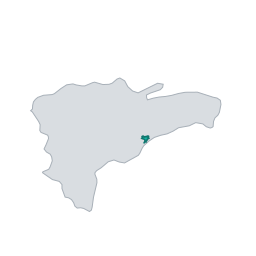 location of Distrito Nacional, Distrito Nacional, Dominican Republic, rotated 338°
{"feature_id": "3306468B63097535879723", "entity_name": "Distrito Nacional", "entity_type": "district", "adm_level": 2, "iso_a3": "DOM", "parent_name": "Dominican Republic", "parent_adm1": "Distrito Nacional", "projection": "orthographic", "projection_center": [-69.932, 18.483], "detail": "fine", "context": "in_parent", "style": "filled", "palette": "teal", "viewbox_px": 256, "rotation_deg": 338, "n_neighbors": 0, "source": "geoboundaries", "source_scale": "gbopen_adm2", "svg_char_len": 2881}
<svg xmlns="http://www.w3.org/2000/svg" viewBox="0 0 256 256"><g transform="rotate(338 128 128)"><path d="M43.8,168.5L44.1,159.4L45.6,155.7L44.3,151.8L38.6,147.5L35.1,142.2L32.0,137.4L32.7,136.7L39.0,136.6L41.2,134.9L45.5,130.1L46.4,126.2L46.1,123.2L43.4,119.7L42.3,116.0L45.8,112.8L50.3,108.1L50.9,106.3L50.8,104.5L45.7,99.5L45.3,97.3L47.8,92.0L47.6,88.4L45.3,77.2L44.2,75.5L46.5,74.6L48.1,71.3L50.1,68.4L52.8,66.8L55.8,65.8L61.9,66.0L70.2,68.6L72.6,68.6L80.6,66.3L87.3,65.0L93.5,66.5L96.0,68.6L101.2,71.8L103.8,72.8L112.0,72.7L114.2,73.0L121.0,78.3L126.8,80.4L130.2,80.5L136.2,78.5L139.2,78.6L142.6,83.1L143.3,89.6L146.1,95.4L150.5,99.2L172.2,97.6L177.0,100.6L175.4,103.2L172.3,104.6L162.0,104.0L157.5,104.3L156.6,106.9L156.6,109.2L162.6,109.8L168.6,111.0L174.6,112.8L180.7,114.1L187.6,114.9L194.4,116.3L205.8,120.8L218.4,131.3L221.8,133.6L224.0,136.9L223.0,141.0L218.6,147.7L216.1,149.8L212.4,151.2L209.8,153.9L207.4,158.6L205.9,159.0L204.2,158.8L201.1,156.2L198.9,152.2L192.8,148.4L185.6,148.9L175.0,146.7L168.6,147.8L162.1,148.1L155.6,147.0L148.9,146.6L142.3,148.0L135.9,150.4L133.6,152.0L129.5,155.8L127.3,157.2L111.7,159.1L107.2,156.3L103.0,152.4L97.0,151.9L88.3,154.8L82.9,155.8L80.6,157.1L80.0,158.5L79.9,163.8L78.7,167.1L70.1,179.2L65.2,187.8L63.3,190.4L61.0,191.0L56.8,186.0L54.2,184.2L50.9,183.2L49.5,180.6L49.6,176.9L48.8,173.2L46.7,170.4L43.8,168.5Z" fill="#d9dde1" stroke="#a8b0b8" stroke-width="1"/><path d="M137.4,147.8L137.5,147.8L137.5,147.7L137.8,147.6L138.0,147.6L138.4,147.5L138.5,147.5L138.7,147.4L138.8,147.4L139.0,147.4L139.3,147.3L139.3,147.2L139.4,147.3L139.4,147.2L139.5,147.2L139.8,147.2L140.0,147.1L140.2,146.9L140.3,146.9L140.5,146.8L140.7,146.7L140.8,146.6L140.9,146.4L141.0,146.4L141.0,146.2L141.3,146.0L141.4,145.9L141.5,145.9L141.8,145.8L141.8,145.7L142.0,145.7L142.3,145.6L142.5,145.5L142.6,145.4L142.8,145.3L142.8,145.2L142.9,145.3L143.0,145.3L143.0,145.2L143.1,145.3L143.3,145.3L143.4,145.5L143.5,145.5L143.5,145.4L143.5,144.4L143.5,144.2L143.8,143.8L143.9,143.6L144.0,143.5L144.0,143.4L143.9,143.3L143.9,143.2L143.7,143.0L143.5,142.9L143.4,142.9L143.2,142.9L142.9,142.7L142.7,142.6L142.4,142.9L142.3,143.0L142.2,143.0L141.9,143.0L141.7,143.0L141.2,142.8L140.9,142.7L140.8,142.4L140.7,142.4L140.4,142.4L140.2,142.6L139.9,142.6L139.6,142.5L139.6,142.4L139.5,142.2L139.5,141.9L139.4,141.8L139.4,141.7L139.3,141.4L139.2,141.3L139.1,141.2L138.9,141.1L138.7,141.1L138.3,141.0L138.2,141.1L137.9,141.2L138.0,141.4L138.0,141.5L137.8,141.7L137.7,141.8L137.6,142.0L137.7,142.4L137.7,142.5L137.8,142.6L137.7,142.8L137.2,142.8L136.9,142.8L137.0,143.0L137.3,143.3L137.6,143.5L137.9,143.7L138.1,143.8L139.0,144.8L139.2,145.2L139.2,145.4L139.1,145.5L139.0,145.8L139.0,146.0L138.9,146.1L138.8,146.3L138.7,146.4L138.6,146.6L138.5,146.8L138.1,147.1L137.6,147.4L137.5,147.5L137.4,147.6L137.4,147.8Z" fill="#14b8a6" stroke="#0f766e" stroke-width="1.5"/></g></svg>